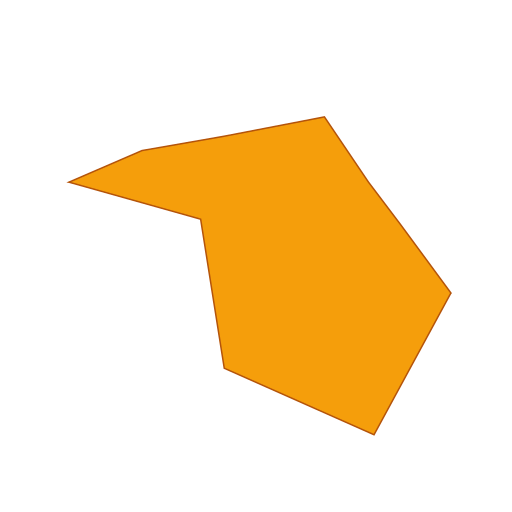 Bulgan, Bulgan, Mongolia (orthographic projection), rotated 12°
{"feature_id": "93677404B52410770806763", "entity_name": "Bulgan", "entity_type": "district", "adm_level": 2, "iso_a3": "MNG", "parent_name": "Mongolia", "parent_adm1": "Bulgan", "projection": "orthographic", "projection_center": [103.463, 48.822], "detail": "fine", "context": "isolated", "style": "filled", "palette": "amber", "viewbox_px": 512, "rotation_deg": 12, "n_neighbors": 0, "source": "geoboundaries", "source_scale": "gbopen_adm2", "svg_char_len": 335}
<svg xmlns="http://www.w3.org/2000/svg" viewBox="0 0 512 512"><g transform="rotate(12 256 256)"><path d="M57.6,222.7L57.9,222.7L194.2,231.5L248.3,372.4L408.6,406.3L454.3,251.8L454.4,251.7L391.1,195.4L350.6,160.3L294.0,105.7L200.1,145.4L122.5,176.6L122.1,176.9L57.6,222.7Z" fill="#f59e0b" stroke="#b45309" stroke-width="1.5"/></g></svg>